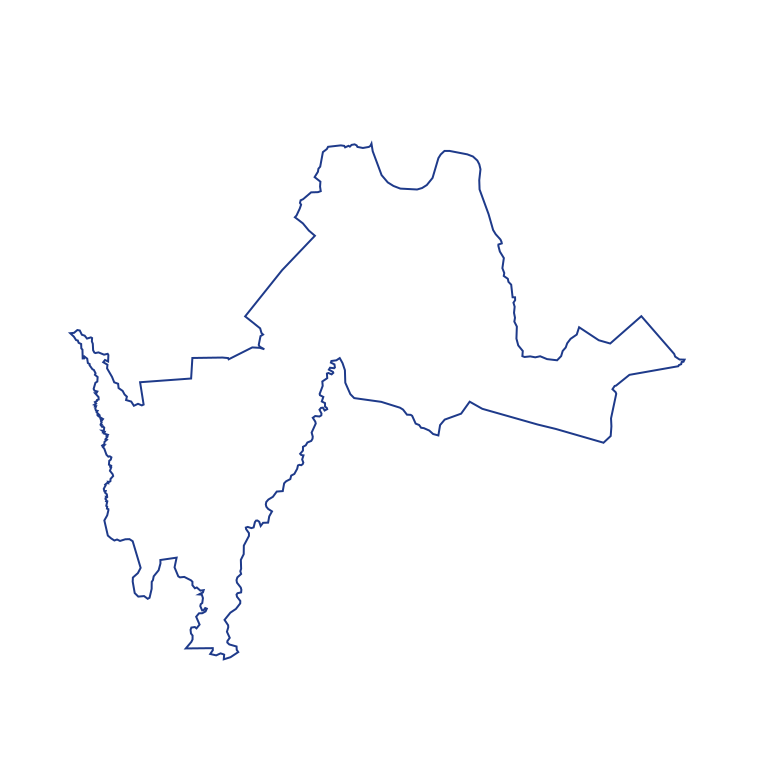 outline of San Jacinto de Yaguachi, Guayas, Ecuador, rotated 80°
{"feature_id": "8360857B83271763782433", "entity_name": "San Jacinto de Yaguachi", "entity_type": "district", "adm_level": 2, "iso_a3": "ECU", "parent_name": "Ecuador", "parent_adm1": "Guayas", "projection": "albers", "projection_center": [-79.669, -2.119], "detail": "fine", "context": "isolated", "style": "outline", "palette": "blue", "viewbox_px": 768, "rotation_deg": 80, "n_neighbors": 0, "source": "geoboundaries", "source_scale": "gbopen_adm2", "svg_char_len": 6155}
<svg xmlns="http://www.w3.org/2000/svg" viewBox="0 0 768 768"><g transform="rotate(80 384 384)"><path d="M412.2,83.8L411.2,88.7L407.6,92.5L404.8,93.0L361.9,118.8L383.4,154.2L378.2,164.9L362.0,182.0L368.8,185.6L371.9,192.4L375.7,196.5L379.6,198.7L382.5,202.3L387.3,204.7L390.7,209.4L387.8,219.1L383.8,225.4L384.0,230.4L382.2,235.2L381.8,240.9L380.6,242.9L375.6,241.6L369.3,245.1L362.3,245.7L350.5,243.2L345.2,244.8L341.5,243.5L336.5,243.6L330.6,241.9L326.4,242.4L324.2,240.3L321.4,239.9L320.9,242.3L308.3,241.5L305.0,243.7L301.9,243.8L298.4,247.3L295.6,246.3L290.5,247.3L280.8,244.1L273.7,246.9L267.7,247.4L266.5,247.1L266.0,243.6L264.5,243.6L262.0,244.2L255.9,248.0L251.3,249.8L235.0,251.5L209.0,256.1L199.8,254.8L189.3,251.7L184.2,252.0L180.1,253.3L175.4,256.9L172.3,262.1L165.8,279.1L165.0,284.0L167.8,288.3L171.0,291.2L189.5,300.4L195.5,307.3L197.6,312.4L198.2,317.6L194.4,334.0L190.6,340.3L186.1,345.3L177.9,350.1L152.8,354.7L145.1,354.6L147.2,356.1L147.9,357.8L147.9,363.8L145.9,369.0L144.3,369.5L142.9,371.3L142.9,374.4L144.3,376.4L143.3,377.6L144.2,381.2L142.6,381.8L141.5,385.1L140.7,397.9L142.7,399.5L145.0,403.9L158.9,409.1L160.6,411.2L163.5,412.2L168.2,416.4L173.7,411.5L178.5,412.7L183.1,412.8L183.6,415.7L182.6,422.5L188.0,431.7L188.6,434.2L191.1,435.3L193.0,434.5L196.6,436.5L202.9,440.9L204.3,442.8L211.7,436.0L219.8,431.4L226.0,426.3L254.2,464.6L293.3,509.0L307.7,496.3L312.5,495.8L314.3,494.5L315.4,497.3L323.8,500.6L325.7,499.9L329.0,495.8L326.8,500.1L325.1,507.4L332.7,532.7L331.4,533.0L329.9,538.5L325.1,568.2L345.1,573.0L339.9,623.9L362.5,624.3L363.0,626.2L360.8,629.7L362.0,634.1L357.4,636.0L355.0,640.8L351.8,639.4L349.3,641.3L345.4,642.6L341.9,646.1L337.6,645.8L335.5,649.4L329.8,650.6L320.5,654.0L317.0,653.0L313.8,656.7L311.9,654.6L313.9,651.8L307.6,650.4L306.3,650.9L306.5,654.6L303.3,659.7L303.4,662.9L302.7,663.8L300.3,664.6L293.8,663.8L291.3,664.3L288.1,663.5L287.2,664.6L287.7,668.6L284.4,670.4L283.0,673.0L278.5,674.3L277.6,676.6L279.8,680.4L279.5,684.2L283.5,681.2L287.3,679.6L288.0,678.0L290.4,677.6L292.0,675.3L296.4,675.9L297.8,675.0L306.5,676.3L306.7,674.9L305.0,674.2L307.5,671.9L311.9,672.0L313.3,670.4L314.4,670.7L318.8,668.6L319.8,667.3L323.3,666.2L324.7,667.1L327.4,664.8L331.8,665.9L332.7,668.0L338.4,670.8L340.4,670.2L341.6,667.6L342.8,668.6L342.8,670.2L347.3,667.4L349.7,667.7L350.0,669.5L350.9,669.7L351.6,671.8L353.3,670.9L354.1,672.8L354.5,672.0L355.8,672.6L355.9,671.4L358.0,672.6L360.1,672.3L360.7,670.8L361.9,671.9L364.5,670.1L364.4,671.5L365.0,671.6L366.4,670.6L366.4,669.6L369.2,669.2L368.3,668.4L369.7,666.8L371.8,669.1L372.7,668.7L374.0,669.7L374.9,669.1L375.2,670.1L377.3,669.0L376.9,668.1L378.4,667.1L381.3,668.0L381.0,669.6L381.6,669.0L382.8,669.3L382.8,667.4L384.2,668.3L386.1,664.7L387.0,665.5L386.4,666.9L388.0,665.6L389.9,667.8L390.8,666.6L392.3,669.2L394.8,670.0L395.7,672.3L396.4,672.0L396.2,670.5L397.3,671.8L399.1,670.7L405.5,669.6L407.7,668.1L407.6,666.6L408.9,665.2L411.0,666.2L411.9,667.9L415.7,668.9L417.1,666.9L417.8,667.3L417.5,668.8L418.7,667.1L421.9,669.0L425.7,666.9L427.6,666.7L430.0,669.8L432.2,670.3L432.7,671.5L432.3,672.9L433.9,672.8L433.5,674.1L434.7,676.1L435.4,675.7L438.6,678.2L441.0,678.0L441.1,676.7L442.7,677.5L444.5,676.1L446.8,676.2L446.7,677.2L447.6,676.8L448.0,678.0L448.8,678.3L450.6,677.4L451.2,677.9L451.6,676.9L455.8,678.7L456.7,677.9L458.6,678.5L459.4,677.2L460.6,677.4L465.3,679.4L469.8,683.1L485.3,682.3L488.6,679.6L491.3,676.7L490.8,673.9L492.7,671.2L492.0,665.7L492.6,661.6L495.2,658.8L522.8,655.6L527.5,659.2L531.0,664.9L535.0,665.8L546.6,665.8L550.7,662.9L551.2,657.1L554.5,654.0L553.8,652.0L545.4,648.4L538.5,647.1L537.0,645.6L533.4,644.2L528.3,638.3L521.9,635.3L518.5,634.8L519.0,618.4L528.2,622.1L537.7,620.0L539.0,618.5L539.3,614.2L543.8,608.2L545.5,607.0L548.9,607.6L552.3,605.7L551.9,603.7L555.6,600.7L555.7,597.4L557.8,598.5L559.1,602.8L559.8,600.0L563.4,599.5L568.1,601.0L569.0,602.7L570.8,603.5L575.4,602.4L575.4,600.9L573.6,599.0L574.5,597.5L577.0,599.2L578.2,602.7L577.7,606.0L580.6,609.4L588.9,607.4L592.1,611.1L590.5,612.5L590.4,616.0L592.5,617.2L596.2,617.4L598.5,616.2L602.3,616.9L604.5,618.5L610.0,625.1L614.4,598.5L616.4,598.8L619.7,602.0L622.1,596.4L620.9,591.7L622.3,589.1L622.8,588.4L627.3,589.6L626.4,582.6L622.7,574.1L620.2,575.2L616.9,574.8L613.6,581.6L611.4,583.2L610.0,582.9L607.2,580.0L600.7,581.7L596.5,579.6L594.5,579.4L588.6,582.0L582.5,575.0L579.8,568.9L575.1,563.7L572.7,563.2L568.0,565.7L565.8,565.8L564.6,564.6L564.4,560.9L561.9,560.2L559.6,560.4L554.1,563.3L551.5,563.3L549.0,562.0L546.3,557.7L543.4,558.0L541.2,556.8L532.3,555.5L527.2,551.7L518.8,550.1L510.2,543.4L507.4,542.9L503.0,545.0L501.4,545.0L501.1,543.0L502.9,539.6L502.6,537.3L497.6,535.1L496.3,533.7L496.5,532.3L498.0,530.8L502.4,530.1L499.7,527.2L500.4,522.2L494.4,520.0L490.0,516.4L486.9,519.8L484.4,521.2L482.0,521.3L479.7,520.4L477.7,517.9L475.8,513.0L471.3,508.3L471.9,502.3L464.5,499.6L462.8,497.3L461.4,492.8L458.1,491.3L457.0,487.9L452.4,484.2L449.3,482.9L448.9,481.4L449.6,479.6L448.8,478.0L447.4,477.1L444.1,477.7L440.3,475.7L439.6,477.8L438.2,478.7L435.5,475.4L431.8,474.7L430.8,471.7L428.3,469.6L427.4,465.5L425.5,463.9L423.4,463.3L419.3,463.7L411.1,458.1L409.1,458.2L404.9,460.0L403.6,457.3L404.8,453.2L404.0,451.2L402.2,450.7L398.1,452.0L396.6,450.2L396.7,448.3L399.8,447.1L398.9,444.3L397.6,444.5L396.0,446.0L392.6,445.4L390.4,448.3L386.2,446.0L383.9,449.0L382.6,449.1L375.2,444.7L370.8,444.3L368.4,438.9L363.8,438.4L363.5,436.9L365.4,433.9L364.2,432.0L363.2,432.2L360.3,435.8L358.6,434.3L359.8,430.4L359.2,429.5L356.1,429.4L353.7,432.6L352.2,431.8L352.4,426.8L350.8,423.1L351.6,422.8L356.3,421.2L363.6,420.1L376.0,421.9L388.2,418.9L392.7,415.8L401.1,389.8L410.1,372.4L412.5,369.7L418.2,366.7L419.0,363.1L420.2,361.8L428.5,359.7L430.5,356.5L433.5,355.1L434.4,352.4L437.7,347.5L441.8,344.3L444.1,339.4L434.2,335.9L429.6,330.4L426.6,313.2L416.3,302.7L425.5,291.5L450.6,239.7L458.1,222.6L479.9,178.1L480.4,178.7L474.6,169.8L465.2,167.4L457.3,166.4L434.0,157.0L432.3,157.3L428.8,159.9L426.0,157.2L425.9,155.8L417.6,140.7L417.6,91.1L416.6,90.3L416.1,87.9L414.0,87.0L414.1,85.2L412.2,83.8Z" fill="none" stroke="#1e3a8a" stroke-width="2"/></g></svg>